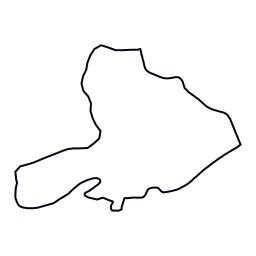 the district of Rassd, Abyan, Yemen
{"feature_id": "15242507B3487968340126", "entity_name": "Rassd", "entity_type": "district", "adm_level": 2, "iso_a3": "YEM", "parent_name": "Yemen", "parent_adm1": "Abyan", "projection": "orthographic", "projection_center": [45.274, 13.725], "detail": "fine", "context": "isolated", "style": "outline", "palette": "ink", "viewbox_px": 256, "rotation_deg": 0, "n_neighbors": 0, "source": "geoboundaries", "source_scale": "gbopen_adm2", "svg_char_len": 2727}
<svg xmlns="http://www.w3.org/2000/svg" viewBox="0 0 256 256"><path d="M140.3,49.0L140.2,49.0L137.7,49.7L130.4,49.8L122.7,50.2L115.3,50.1L110.5,48.3L110.4,48.3L108.3,47.5L107.5,47.2L101.1,45.3L100.9,45.3L99.9,45.9L98.1,46.9L96.6,47.8L94.3,49.1L90.2,55.6L87.5,62.5L86.2,69.8L83.0,76.4L81.5,83.6L83.4,90.9L88.2,96.4L91.0,103.4L90.5,111.1L92.7,118.3L94.5,122.1L96.0,125.0L100.5,131.0L100.3,132.1L99.6,136.6L99.2,138.6L95.7,141.7L93.7,143.5L87.7,148.0L78.2,148.4L73.3,148.4L73.1,148.4L70.4,148.8L67.9,149.1L62.5,150.9L59.8,152.0L58.0,152.7L56.0,153.5L55.8,153.6L54.1,154.2L52.8,154.8L51.4,155.3L50.4,155.7L48.1,156.6L47.9,156.7L45.1,157.8L43.8,158.3L42.9,158.7L33.5,162.6L26.9,164.6L20.3,166.3L15.4,171.7L16.1,179.1L17.1,183.0L16.6,184.5L16.3,185.9L15.9,187.7L15.6,190.5L15.4,195.1L15.4,197.9L16.9,202.1L17.8,203.8L18.4,204.9L20.4,206.6L22.0,207.1L23.5,207.6L27.9,208.2L32.7,208.2L37.7,207.7L43.2,206.1L49.7,204.3L50.4,204.1L53.1,203.4L55.3,202.1L57.0,200.9L60.1,198.8L63.4,196.9L68.4,193.8L71.6,190.6L74.1,188.3L74.5,188.0L77.1,185.8L80.4,183.3L84.0,181.5L87.6,180.0L93.1,178.3L94.5,178.2L95.0,178.1L96.6,178.1L99.2,179.0L99.9,179.7L100.0,179.8L100.3,181.6L100.1,182.4L98.3,184.3L92.2,188.7L90.1,190.3L88.8,191.1L85.7,192.6L84.7,193.7L84.7,194.7L84.8,195.4L88.0,197.3L89.4,197.7L97.1,199.5L102.9,197.7L105.8,198.9L109.0,200.2L112.8,201.5L112.8,202.2L112.7,202.7L112.2,203.6L111.4,204.8L110.9,205.7L110.9,207.1L111.0,208.9L112.0,210.3L113.7,210.7L115.3,210.5L116.7,210.7L118.4,210.7L120.3,210.0L121.5,209.4L121.7,207.1L123.2,202.3L123.9,200.0L124.5,198.2L124.8,198.1L127.4,198.2L129.9,197.9L132.8,197.6L135.4,197.6L138.0,197.7L140.6,197.7L143.5,197.1L145.2,195.1L146.3,192.8L147.5,190.6L147.8,189.7L148.8,188.8L150.2,188.3L152.3,187.7L154.9,187.5L157.4,187.7L158.7,188.5L161.0,191.0L161.9,191.7L163.4,192.4L165.0,192.2L167.8,191.8L170.6,191.2L173.7,190.5L176.2,189.9L178.7,189.0L181.1,187.6L183.9,186.2L186.0,184.9L188.3,183.5L190.5,181.7L192.5,179.9L194.4,178.0L196.4,176.5L198.8,174.3L200.9,172.4L203.4,170.1L205.5,168.6L207.8,166.8L210.1,165.1L212.2,163.4L214.5,161.8L216.8,160.1L219.4,158.2L221.8,156.7L224.4,154.8L226.9,153.3L229.1,152.0L231.6,150.5L232.0,150.2L235.0,148.5L237.1,147.2L238.3,146.4L239.5,145.5L240.6,144.6L235.6,132.5L234.6,130.0L230.2,119.2L227.4,114.8L224.4,112.8L219.6,111.5L212.4,109.5L206.7,106.6L201.6,102.1L198.6,99.3L188.5,92.1L186.9,90.2L184.8,88.3L184.7,88.2L183.8,85.3L182.4,81.1L180.2,78.3L178.7,77.4L175.7,77.1L172.5,77.8L169.8,78.2L168.5,78.3L165.7,78.3L163.5,78.1L163.0,77.9L160.2,77.0L157.9,76.0L155.3,75.0L152.2,73.7L149.9,72.8L147.8,71.5L145.9,69.7L144.8,67.4L144.1,64.7L143.6,62.2L142.8,59.5L142.2,56.8L141.4,54.2L140.9,51.5L140.3,49.0Z" fill="none" stroke="#020617" stroke-width="2"/></svg>